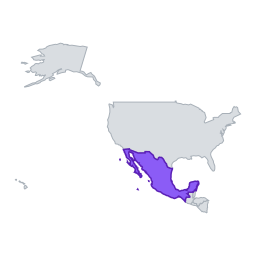 Mexico and the surrounding countries
{"feature_id": "MEX", "entity_name": "Mexico", "entity_type": "country or territory", "adm_level": 0, "iso_a3": "MEX", "parent_name": "North America", "parent_adm1": "", "projection": "robinson", "projection_center": [-103.635, 23.63], "detail": "fine", "context": "with_neighbors", "style": "filled", "palette": "violet", "viewbox_px": 256, "rotation_deg": 0, "n_neighbors": 6, "source": "natural_earth", "source_scale": "50m", "svg_char_len": 11045}
<svg xmlns="http://www.w3.org/2000/svg" viewBox="0 0 256 256"><path d="M113.3,102.1L175.3,102.1L175.2,101.1L176.0,101.0L176.4,102.6L177.2,103.1L181.1,103.7L183.3,104.6L185.1,104.2L188.7,104.9L190.6,104.1L198.9,108.1L199.2,108.8L199.7,109.1L199.6,109.4L200.6,109.2L201.3,110.3L202.3,110.7L202.1,111.2L204.6,112.5L206.1,117.6L204.2,121.9L204.5,122.6L205.3,123.0L213.7,119.6L213.0,117.9L214.0,117.4L218.4,117.4L219.0,116.3L222.4,113.5L230.1,113.5L230.2,112.8L231.8,112.2L232.7,108.7L234.1,106.5L235.0,107.3L236.4,106.8L237.6,107.6L238.3,111.5L240.6,114.0L233.9,117.3L232.6,119.6L232.8,121.1L233.8,122.6L234.8,122.7L234.4,121.7L235.2,122.3L235.1,123.1L228.5,124.3L226.6,125.2L230.0,124.6L230.8,125.2L227.6,126.0L226.1,126.0L226.1,125.7L225.5,126.5L226.2,126.6L226.0,128.7L224.5,130.9L224.2,130.2L222.9,129.3L223.5,130.8L224.2,131.4L224.3,132.4L222.6,135.9L222.9,133.8L221.5,132.7L221.0,130.3L220.7,131.5L221.4,133.4L219.8,132.9L221.5,133.9L221.9,136.6L222.6,136.8L223.6,140.7L222.2,142.9L219.8,143.7L218.4,145.4L217.2,145.6L216.0,146.7L215.7,147.6L213.2,149.5L210.9,152.6L210.6,154.7L211.2,156.7L213.4,161.2L213.5,162.5L214.8,165.9L214.8,169.0L214.3,170.7L213.5,171.1L212.3,170.7L211.8,169.5L210.9,168.8L207.7,162.9L208.1,161.0L207.4,159.4L205.3,157.0L204.3,156.5L201.9,157.9L200.2,156.4L198.6,155.6L195.9,156.0L193.7,155.7L190.8,156.3L191.3,157.1L191.3,158.3L191.8,158.9L191.4,159.2L190.4,158.8L189.5,159.4L187.7,159.3L185.9,157.7L183.7,158.1L181.9,157.4L178.3,158.3L176.1,160.5L173.7,161.7L172.4,163.1L171.8,164.4L171.8,166.4L172.4,168.8L171.5,168.9L167.7,167.3L166.5,164.0L165.0,162.3L162.9,158.6L161.1,157.4L159.1,157.5L157.6,159.8L155.5,158.9L154.2,158.1L152.8,154.9L149.2,151.7L145.0,151.7L145.0,152.9L138.2,152.9L129.0,149.5L129.3,148.9L123.4,149.4L123.0,148.0L121.5,146.3L120.4,145.9L120.2,145.1L118.8,145.0L118.0,144.2L115.7,143.9L115.2,143.4L114.9,141.8L112.8,138.9L111.1,134.9L111.2,134.2L108.6,130.9L108.4,128.5L107.3,126.9L108.0,124.5L108.2,122.1L107.6,119.9L108.8,117.2L109.9,112.0L109.8,108.2L108.9,104.5L109.2,103.9L112.4,104.9L113.3,107.5L113.9,106.8L113.3,102.1ZM87.2,47.1L80.0,71.1L82.0,71.2L83.8,71.9L86.3,74.9L88.7,73.4L90.9,72.5L91.7,73.9L94.5,76.2L97.0,81.2L100.3,83.0L100.0,84.7L98.6,86.0L95.9,84.1L95.7,81.7L93.5,79.5L92.9,77.0L87.6,76.8L85.4,76.0L81.8,73.2L76.6,71.7L73.7,71.9L68.0,69.6L65.6,70.2L65.4,72.0L61.6,72.7L57.1,74.2L57.3,72.6L59.1,70.0L61.6,69.2L61.3,68.6L58.1,70.0L56.1,71.8L52.5,73.7L53.5,75.0L50.9,76.9L45.9,78.9L44.9,80.1L41.1,81.5L40.0,82.7L37.0,83.9L35.6,83.7L28.7,86.3L24.7,87.1L24.6,86.6L32.7,83.0L35.5,82.7L36.9,81.6L40.5,80.0L43.1,78.5L44.2,76.4L45.8,74.8L43.1,75.7L42.6,75.2L41.1,76.2L40.3,74.8L39.4,75.8L39.1,74.4L36.6,75.5L35.4,75.5L35.8,73.9L36.6,72.9L35.7,71.9L32.8,72.5L30.5,70.6L31.2,69.1L30.2,68.0L31.7,66.5L34.0,65.1L35.3,63.7L37.0,63.5L38.2,63.9L40.4,62.7L41.7,62.9L43.6,62.1L43.7,60.9L42.8,60.4L44.7,59.4L41.2,60.0L40.3,60.6L39.0,60.0L36.1,60.3L33.6,59.7L33.3,58.7L31.6,57.2L39.8,55.0L41.3,55.0L40.5,56.2L44.6,56.1L43.8,54.6L41.9,53.6L39.9,51.3L37.8,50.5L39.5,49.2L42.9,49.1L45.8,48.0L46.8,46.8L49.3,45.6L55.3,44.3L56.9,44.5L60.4,43.2L62.9,43.7L63.7,44.8L64.7,44.3L67.7,44.5L67.3,45.0L69.9,45.4L71.9,45.2L80.2,46.5L82.8,46.1L87.2,47.1ZM22.0,62.1L22.9,62.6L24.3,62.3L27.3,63.3L25.2,64.2L23.5,63.1L21.7,63.3L21.3,63.0L22.0,62.1ZM25.9,185.6L27.3,187.3L24.9,189.0L24.3,188.6L24.1,186.7L24.8,185.9L24.8,185.1L25.9,185.6ZM24.6,183.6L23.5,184.2L22.8,183.1L23.1,182.9L24.6,183.6ZM22.8,182.4L22.7,182.7L21.3,182.7L21.5,182.3L22.8,182.4ZM19.7,180.9L20.6,182.0L20.4,182.2L19.4,182.0L19.0,181.3L19.7,180.9ZM16.5,179.4L16.2,180.4L15.4,179.8L15.9,179.3L16.5,179.4ZM28.1,70.9L29.6,71.2L29.3,72.2L27.9,72.6L25.9,71.4L28.1,70.9ZM52.8,77.4L54.2,77.6L54.8,78.4L50.1,80.7L49.2,80.0L49.3,78.8L52.8,77.4Z" fill="#d9dde1" stroke="#a8b0b8" stroke-width="1"/><path d="M207.2,212.1L206.6,212.8L204.6,211.7L204.0,212.1L202.3,211.3L202.0,211.7L196.9,206.4L197.2,206.0L197.6,206.4L198.6,206.1L199.3,205.4L199.2,204.0L200.3,203.9L200.8,203.1L201.6,203.7L203.2,202.2L203.8,201.0L205.0,201.5L207.4,200.3L208.3,200.4L208.0,201.3L208.2,202.4L207.4,204.5L207.6,207.8L207.2,208.1L207.2,210.1L206.7,210.9L207.2,212.1Z" fill="#d9dde1" stroke="#a8b0b8" stroke-width="1"/><path d="M208.3,200.4L207.4,200.3L205.0,201.5L203.8,201.0L203.2,202.2L201.6,203.7L200.8,203.1L200.3,203.9L199.2,204.0L199.3,205.4L197.8,206.2L197.3,205.3L196.6,205.0L196.7,203.9L196.4,203.6L194.7,203.7L192.6,202.0L193.1,201.3L193.0,200.2L196.2,197.8L198.7,198.2L201.0,197.4L202.4,197.8L203.6,197.5L205.1,197.9L208.3,200.4Z" fill="#d9dde1" stroke="#a8b0b8" stroke-width="1"/><path d="M192.6,202.0L194.7,203.7L195.8,203.4L196.7,203.9L196.3,205.7L193.9,205.4L191.4,204.6L190.7,204.0L192.1,202.5L192.0,202.2L192.6,202.0Z" fill="#d9dde1" stroke="#a8b0b8" stroke-width="1"/><path d="M185.2,201.7L185.6,200.2L185.2,199.6L186.4,197.3L189.7,197.2L189.7,196.3L187.1,193.8L188.2,193.8L188.2,192.2L192.9,192.2L192.8,197.8L195.4,198.2L193.0,200.2L193.1,201.3L192.6,202.0L192.0,202.2L192.1,202.5L190.7,204.0L187.8,203.5L185.2,201.7Z" fill="#d9dde1" stroke="#a8b0b8" stroke-width="1"/><path d="M192.8,197.8L193.2,191.6L193.6,192.0L194.5,190.2L195.5,190.6L195.0,195.9L193.6,197.8L192.8,197.8Z" fill="#d9dde1" stroke="#a8b0b8" stroke-width="1"/><path d="M123.4,149.5L129.2,148.9L129.0,149.5L138.1,153.0L145.1,152.9L145.1,151.6L149.4,151.7L150.1,152.6L150.4,152.8L151.7,154.0L153.1,155.1L153.7,156.4L153.7,156.8L153.8,157.2L154.4,158.0L155.4,158.8L155.7,158.9L157.2,159.7L157.6,159.6L158.1,159.1L158.5,157.8L158.8,157.5L159.1,157.5L159.5,157.2L160.3,157.4L161.4,157.4L161.7,157.5L163.4,159.2L164.4,161.2L164.5,161.7L165.0,162.1L165.9,163.4L166.5,163.9L166.5,164.5L166.7,165.0L166.6,165.4L167.2,166.2L167.5,167.1L168.4,167.4L168.6,167.6L169.4,167.9L169.6,168.1L170.8,168.3L171.3,168.5L171.9,168.8L172.1,168.6L172.4,168.5L172.4,169.1L171.6,171.3L171.2,173.1L171.0,174.9L171.0,177.3L170.8,178.2L170.8,178.6L171.0,179.7L171.5,180.6L172.1,181.3L171.9,182.1L171.9,181.9L172.0,181.3L171.4,180.7L171.0,180.0L171.3,181.2L171.6,181.5L172.5,183.5L172.5,183.8L174.4,186.2L174.8,187.7L175.6,188.6L175.8,189.0L176.1,189.3L175.7,189.2L175.7,189.3L176.5,189.6L176.3,189.4L176.7,189.6L177.6,189.6L178.0,190.0L178.6,190.2L179.2,191.1L179.5,191.2L180.1,191.1L181.7,190.4L182.8,190.4L183.4,190.3L183.7,190.1L183.9,189.9L184.5,189.7L185.7,189.6L185.9,189.8L185.8,190.0L186.1,190.3L186.8,190.3L187.5,189.8L187.5,189.6L187.2,189.3L187.3,189.0L187.0,189.2L188.3,188.3L188.8,187.7L188.9,186.6L189.4,186.0L189.4,184.2L189.7,182.9L191.0,182.1L193.3,181.7L194.4,181.3L195.5,181.2L197.4,181.6L197.6,181.4L197.1,181.3L197.7,181.1L198.0,181.2L198.5,181.7L198.5,182.3L198.7,182.5L198.3,183.6L197.6,184.4L197.1,185.2L197.0,185.5L197.1,186.2L196.7,186.5L196.5,186.9L196.6,187.1L197.1,187.0L197.0,187.5L196.6,187.7L196.6,188.0L196.8,187.8L197.0,187.9L196.6,189.3L196.4,189.7L196.3,190.6L196.1,190.8L195.9,190.4L195.7,190.2L195.7,189.5L195.6,189.2L195.2,189.6L195.2,189.8L195.0,190.3L194.4,190.3L194.3,190.8L193.7,191.7L193.5,191.9L193.1,191.6L192.9,191.7L192.9,192.2L188.2,192.2L188.3,193.8L187.2,193.8L188.3,194.9L189.0,195.4L189.2,196.0L189.8,196.3L189.7,197.2L186.4,197.2L185.3,199.6L185.6,200.1L185.4,200.5L185.3,200.9L185.4,201.2L185.2,201.7L183.8,200.0L182.8,199.1L180.9,197.3L179.7,196.6L179.6,196.8L180.2,197.0L180.7,197.4L179.5,196.9L179.0,196.9L179.2,196.5L179.1,196.4L178.7,196.6L178.7,196.4L178.4,196.2L178.1,196.6L178.7,196.8L177.8,196.9L177.0,197.5L176.2,197.8L175.1,198.3L174.3,198.5L173.6,198.2L172.6,197.7L171.2,197.5L170.2,196.9L169.2,196.6L168.6,195.9L166.3,195.4L165.4,194.8L163.3,194.0L162.0,193.1L161.7,192.8L161.4,192.7L160.6,191.8L159.9,191.8L158.6,191.5L156.8,190.7L155.6,189.2L154.3,188.5L153.0,187.8L152.6,187.1L152.1,186.7L151.6,185.9L151.2,184.7L151.5,184.4L151.9,184.4L152.2,184.2L152.2,183.9L152.0,183.7L151.6,183.6L152.2,182.6L152.3,181.5L151.8,181.1L151.2,180.1L151.2,179.1L150.9,178.2L149.3,176.6L148.9,175.8L148.0,174.6L146.0,172.9L146.6,173.2L146.6,172.8L145.8,172.7L145.5,172.4L145.4,172.2L144.7,171.1L145.0,171.3L145.3,171.2L144.5,170.8L143.7,170.2L143.4,169.8L142.8,169.9L142.7,169.7L143.0,169.6L143.2,169.2L142.9,169.5L142.4,169.6L142.2,169.5L142.0,169.2L141.9,168.3L142.4,167.5L142.6,167.7L142.4,167.4L142.3,166.9L141.8,166.4L141.1,166.4L140.7,165.9L140.6,165.3L139.8,165.0L139.3,164.6L139.1,164.2L139.0,163.6L139.2,163.0L138.6,162.9L138.2,162.9L137.7,162.7L137.4,162.3L136.9,161.5L136.4,161.2L135.8,160.2L135.2,159.7L135.1,158.9L134.7,158.7L134.6,158.2L133.9,156.9L133.7,155.9L133.1,154.9L133.0,154.5L133.1,154.1L133.0,153.8L133.2,153.7L133.2,153.4L131.8,152.9L131.8,152.5L131.5,152.3L131.0,152.1L130.9,152.4L130.5,152.4L128.7,151.3L128.9,151.6L129.0,152.0L128.8,152.3L128.7,153.5L129.0,154.0L129.1,154.6L129.2,155.3L129.2,156.1L129.4,156.7L129.8,157.3L130.3,157.6L131.3,158.6L131.8,159.4L131.9,159.9L132.2,159.9L132.4,160.3L132.6,160.3L132.9,161.1L133.4,161.4L133.4,161.8L133.6,162.0L133.6,162.3L133.7,162.6L133.7,163.1L134.2,163.6L134.7,164.0L135.1,165.0L135.5,165.3L135.5,165.6L135.8,166.0L135.8,166.5L136.1,166.8L136.2,166.7L136.0,166.2L136.0,165.9L136.6,166.4L136.6,166.7L136.8,166.9L136.8,167.2L137.1,168.1L137.2,169.0L137.6,169.7L137.8,169.8L138.2,170.9L138.7,171.7L138.5,172.5L138.7,173.2L139.0,173.6L139.3,173.7L139.4,173.9L139.6,173.7L139.6,173.3L139.7,173.2L140.3,173.7L140.8,174.4L141.1,174.8L141.2,175.2L141.6,175.4L141.8,175.7L141.6,176.7L140.8,177.4L140.3,177.4L140.1,177.1L139.9,176.1L139.4,175.4L138.8,175.0L137.8,173.9L136.8,173.3L136.2,172.6L135.9,172.7L135.8,172.3L135.2,171.8L135.1,171.2L135.3,169.9L135.0,168.7L134.5,167.8L133.8,167.5L133.0,166.7L132.7,166.3L132.6,165.7L132.3,166.1L132.0,166.1L131.5,166.3L130.9,165.6L130.6,165.6L130.3,165.2L129.5,164.9L129.2,164.3L128.1,163.4L128.0,163.1L129.2,163.2L129.5,163.2L129.9,163.0L129.9,163.3L130.3,163.6L130.3,163.4L130.2,163.1L130.2,162.8L130.2,162.6L130.4,162.0L130.5,161.4L130.3,160.9L128.4,158.7L127.8,158.5L126.6,157.5L126.4,157.0L126.3,156.9L126.3,155.9L126.2,155.8L125.9,155.6L125.8,154.5L125.2,154.0L125.2,153.3L124.4,152.3L124.4,151.9L124.5,151.7L124.5,151.4L124.0,151.0L123.8,150.4L123.5,150.0L123.4,149.5ZM135.1,159.7L134.9,160.4L134.3,160.2L134.5,159.2L134.9,159.0L135.1,159.7ZM132.8,159.6L132.5,159.4L132.0,158.8L131.8,158.5L131.7,158.0L132.2,158.3L132.3,158.7L132.7,158.8L132.8,159.6ZM198.7,184.2L198.2,185.0L198.1,184.7L198.2,184.4L198.3,184.2L198.7,184.2ZM135.2,172.6L135.0,172.3L135.0,172.1L134.7,171.9L134.8,171.5L135.0,170.5L134.9,171.8L135.2,172.6ZM127.8,162.1L127.7,162.5L127.3,162.3L127.5,162.0L127.5,161.6L127.8,162.1ZM120.2,159.9L120.1,160.0L119.8,159.4L119.9,159.2L120.1,159.2L120.2,159.9ZM136.1,173.1L135.4,172.7L135.7,172.7L136.1,173.1ZM149.1,181.2L149.0,181.4L148.8,181.3L148.7,180.9L149.0,181.0L149.1,181.2ZM139.0,171.3L139.0,171.6L138.8,171.4L138.7,171.1L139.0,171.3ZM137.7,168.2L137.7,168.5L137.6,168.4L137.4,168.9L137.5,168.3L137.7,168.2ZM137.9,189.5L137.5,189.4L137.7,189.1L137.9,189.5ZM186.4,189.7L186.1,189.7L186.7,189.4L186.8,189.4L186.4,189.7ZM140.9,173.8L140.7,173.6L140.6,173.2L140.9,173.7L140.9,173.8Z" fill="#8b5cf6" stroke="#5b21b6" stroke-width="1.5"/></svg>